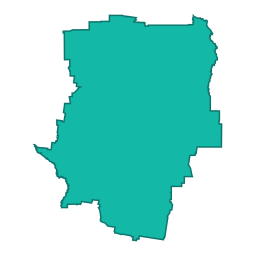 the district of Loddon, Victoria, Australia
{"feature_id": "25037944B85643834616367", "entity_name": "Loddon", "entity_type": "district", "adm_level": 2, "iso_a3": "AUS", "parent_name": "Australia", "parent_adm1": "Victoria", "projection": "albers", "projection_center": [143.84, -36.404], "detail": "fine", "context": "isolated", "style": "filled", "palette": "teal", "viewbox_px": 256, "rotation_deg": 0, "n_neighbors": 0, "source": "geoboundaries", "source_scale": "gbopen_adm2", "svg_char_len": 5672}
<svg xmlns="http://www.w3.org/2000/svg" viewBox="0 0 256 256"><path d="M34.4,144.7L35.0,145.3L34.6,146.2L35.6,147.0L35.7,147.8L36.3,148.3L36.2,148.5L36.6,148.5L36.1,149.3L36.1,149.7L36.9,149.9L36.8,150.9L37.4,151.4L37.3,151.9L37.9,152.7L39.2,153.1L39.9,152.8L41.3,153.1L40.6,153.9L41.8,154.6L42.5,155.5L43.6,156.0L45.0,157.4L45.8,157.6L46.1,158.6L47.4,158.2L47.5,158.6L47.4,159.3L48.2,159.4L50.0,161.5L51.5,161.7L51.9,162.5L53.8,162.8L53.8,163.1L53.4,163.6L54.7,164.1L54.7,165.1L55.4,165.4L55.2,166.1L55.5,166.5L55.1,167.4L55.4,167.7L55.5,168.3L56.3,168.8L56.8,169.8L56.7,170.2L57.2,170.6L56.7,171.0L56.6,171.5L57.0,171.6L57.3,172.1L56.9,172.2L56.5,172.7L56.7,173.1L56.3,173.3L56.5,173.7L57.2,173.8L56.6,174.3L56.8,174.6L57.2,174.5L57.4,174.8L57.0,175.2L57.0,175.7L57.7,175.5L57.8,176.5L58.7,176.6L58.8,177.5L59.2,178.0L59.6,177.7L59.4,177.3L60.1,177.2L60.9,176.5L61.6,176.5L61.7,177.0L62.2,176.8L62.3,177.2L62.7,177.0L62.8,177.6L64.0,178.3L65.0,178.3L65.2,178.1L65.7,178.2L65.4,178.9L65.5,179.2L65.8,179.2L65.8,180.0L66.2,180.3L65.9,180.5L66.0,181.0L65.8,181.2L66.0,181.6L66.6,181.7L66.6,182.3L66.9,182.6L66.7,182.8L67.0,183.6L67.5,183.5L67.9,184.2L67.7,184.8L67.9,185.1L67.8,185.5L68.5,185.5L68.2,185.8L68.5,186.3L68.3,186.5L68.7,186.8L68.7,187.1L68.1,187.8L68.4,188.1L68.4,188.5L68.0,188.8L68.4,189.4L67.9,189.5L67.5,190.0L67.6,190.3L67.5,190.6L67.2,190.8L67.7,191.2L67.5,191.5L67.6,192.2L66.8,192.3L66.5,193.1L66.1,193.1L66.4,193.6L66.2,193.8L66.3,194.0L66.0,194.2L65.8,194.9L66.0,195.9L64.4,197.3L63.7,197.5L63.8,198.3L63.5,198.3L63.5,199.0L62.5,200.0L62.8,200.0L62.9,200.3L62.2,200.8L62.1,201.3L61.5,201.5L61.1,202.4L61.3,202.5L61.3,202.8L61.5,202.8L61.4,202.9L61.7,203.1L61.8,203.5L62.1,203.7L60.9,205.3L61.0,205.8L61.5,206.1L61.4,206.5L61.7,207.1L61.6,207.6L67.4,207.6L67.4,204.3L75.4,204.1L76.5,204.3L76.4,204.5L77.0,204.7L77.3,204.0L80.6,204.4L81.6,201.5L91.5,203.0L91.6,202.3L92.3,201.4L92.1,199.9L92.2,199.7L95.0,200.1L99.0,200.3L98.1,204.2L99.8,204.5L99.6,206.1L99.8,206.1L99.8,206.4L99.6,206.4L99.4,207.8L98.6,207.7L99.9,210.4L100.0,211.3L100.9,217.4L100.4,219.8L100.5,220.8L100.9,221.3L101.9,221.9L104.9,222.9L107.6,225.7L107.7,226.0L115.1,227.2L114.5,230.5L114.6,231.2L114.3,231.3L114.7,232.1L114.8,232.9L116.8,233.1L120.8,234.4L123.1,234.3L131.0,235.7L131.5,236.7L133.2,236.9L132.7,240.1L133.9,240.3L136.4,240.6L136.7,238.9L138.5,239.1L139.2,238.8L138.9,238.0L139.2,236.0L163.4,239.7L163.7,238.1L164.2,238.1L164.4,236.8L164.8,236.9L167.8,217.3L167.2,217.3L167.5,215.8L169.5,213.4L170.1,210.0L171.7,210.0L172.5,204.7L171.1,202.8L171.2,202.1L169.7,201.9L170.1,199.3L171.3,199.5L171.3,193.2L171.1,193.0L171.3,193.0L171.3,186.4L181.7,186.4L181.7,183.1L184.3,183.1L184.3,176.6L192.4,176.6L191.8,174.9L190.5,168.4L188.4,164.6L189.9,155.3L195.1,155.3L195.1,153.5L196.1,153.5L197.0,147.0L221.4,147.0L221.6,124.0L219.0,123.9L219.0,120.7L219.4,120.7L219.4,111.0L210.3,110.9L210.3,96.2L208.9,94.5L209.2,94.1L208.9,93.0L209.2,92.7L208.4,92.0L208.5,90.9L208.2,90.5L208.9,90.0L208.4,89.2L208.8,88.7L208.3,88.1L207.7,87.9L207.8,87.0L208.4,86.5L208.3,86.1L208.5,85.5L208.3,85.1L208.6,84.6L208.3,84.3L208.7,83.2L208.7,82.5L209.2,81.7L209.7,81.5L209.9,80.8L209.8,79.9L209.5,79.4L210.2,78.6L210.6,77.9L210.4,77.6L210.6,76.6L210.3,76.1L210.8,75.6L211.0,75.6L211.1,75.2L211.8,74.5L211.9,73.8L211.3,73.7L211.1,72.6L211.3,71.5L211.1,71.2L210.7,71.3L211.0,70.7L211.4,70.5L211.2,69.3L211.4,68.1L211.9,67.6L211.7,67.1L212.1,66.5L211.9,66.0L212.2,65.7L212.4,65.1L212.9,65.3L213.0,64.6L214.3,65.2L214.3,64.3L214.9,63.6L214.8,63.0L215.2,62.9L215.4,62.6L215.4,62.1L215.1,61.7L215.5,60.7L216.6,59.5L217.3,59.7L217.3,58.7L217.2,57.4L216.4,56.2L216.3,53.9L215.1,53.1L215.0,52.2L215.3,51.5L215.1,50.9L214.6,50.7L215.2,49.5L215.6,49.3L215.6,48.9L216.3,48.7L216.4,48.3L217.1,48.2L217.1,47.7L216.7,47.4L216.7,47.1L216.9,46.8L216.5,46.5L215.9,46.7L215.5,46.5L215.4,46.0L215.7,45.3L215.3,45.0L215.2,44.0L214.8,44.2L214.6,43.8L214.0,43.6L212.8,42.4L212.6,41.4L212.3,41.1L211.5,41.1L211.1,40.7L210.9,40.1L210.3,39.8L210.2,38.3L209.6,37.6L209.8,36.7L210.2,36.7L210.3,36.5L209.8,35.5L210.0,35.2L210.4,35.3L210.6,34.3L211.3,34.5L211.3,33.8L212.0,34.1L211.7,33.4L212.4,33.3L210.4,30.0L208.1,27.8L206.7,25.3L206.6,24.7L207.3,21.3L207.0,21.1L206.7,20.3L206.2,20.2L205.7,20.4L205.5,20.8L204.8,21.0L203.2,19.6L202.5,18.7L202.1,18.7L201.2,19.2L200.6,18.2L200.1,17.9L198.8,18.4L197.8,18.0L196.7,17.9L195.3,17.0L194.4,17.0L193.4,15.8L193.4,17.0L193.2,17.6L192.7,18.0L192.9,19.0L192.7,19.6L193.3,19.7L193.1,20.3L193.6,20.6L193.4,20.8L193.6,21.1L193.4,21.4L193.4,21.8L193.0,22.1L193.4,22.5L193.0,23.5L193.0,24.7L188.5,24.7L188.2,25.2L148.3,25.2L148.4,26.0L144.9,26.0L145.0,23.1L144.2,23.1L144.2,22.5L139.3,22.5L139.3,22.3L136.7,22.3L133.8,21.9L134.0,21.6L134.3,21.7L134.6,20.8L134.9,20.8L135.2,20.2L136.2,19.9L135.4,19.2L135.5,18.5L135.8,18.3L135.8,18.0L136.1,17.7L127.4,16.4L126.8,16.8L126.9,16.4L122.8,15.8L122.6,15.4L109.4,15.4L109.4,21.4L100.9,21.4L100.9,21.9L89.2,21.9L89.2,29.8L72.6,29.9L70.0,31.1L63.2,31.2L63.2,32.9L64.3,32.9L64.5,59.7L69.8,59.6L69.8,66.9L69.0,66.9L68.6,67.2L68.4,67.7L68.5,68.4L69.4,69.8L69.8,71.1L70.2,71.1L70.2,75.9L74.5,76.1L73.6,82.7L76.9,83.1L76.4,86.4L80.3,87.0L78.9,87.6L76.2,90.9L74.6,92.4L73.9,92.9L72.1,93.2L72.2,96.6L69.3,96.7L70.4,103.5L64.6,103.5L64.6,104.9L63.5,112.5L65.4,113.5L65.0,116.2L64.8,116.2L64.0,121.8L62.1,121.5L62.2,120.8L56.8,120.1L56.9,125.1L58.2,125.3L57.3,132.3L57.8,132.3L57.4,135.5L58.3,135.6L58.0,137.6L57.1,137.5L57.6,138.6L57.3,140.8L56.6,140.7L56.5,141.4L55.6,141.3L55.4,142.9L52.0,142.5L51.1,149.8L47.4,149.4L47.7,148.4L42.8,147.8L41.9,148.1L41.6,147.9L37.6,147.4L34.6,144.7L34.4,144.7Z" fill="#14b8a6" stroke="#0f766e" stroke-width="1.5"/></svg>